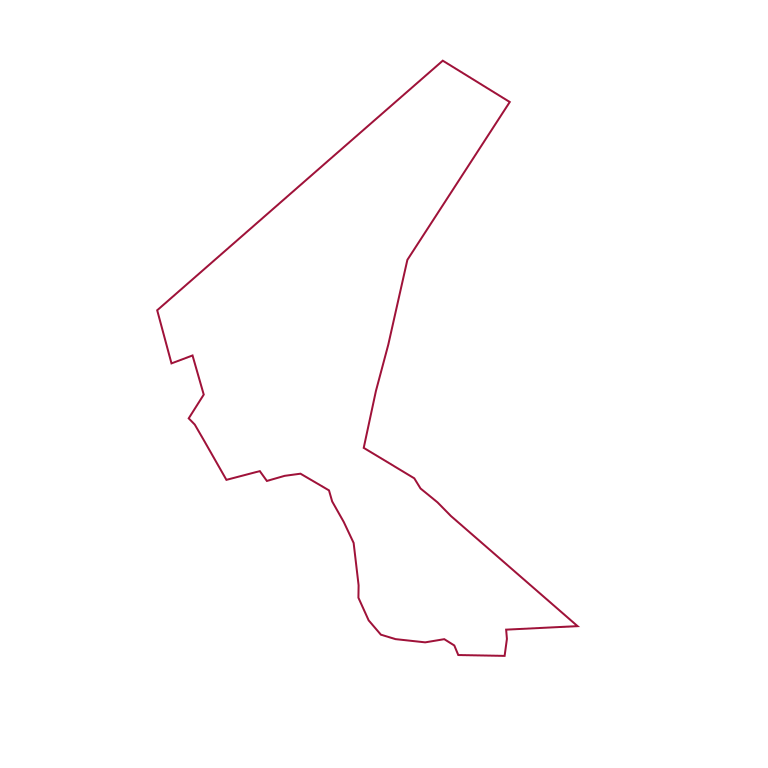 the district of Messias Targino, Rio Grande do Norte, Brazil, rotated 74°
{"feature_id": "56859067B56904102074746", "entity_name": "Messias Targino", "entity_type": "district", "adm_level": 2, "iso_a3": "BRA", "parent_name": "Brazil", "parent_adm1": "Rio Grande do Norte", "projection": "albers", "projection_center": [-37.447, -6.084], "detail": "fine", "context": "isolated", "style": "outline", "palette": "rose", "viewbox_px": 768, "rotation_deg": 74, "n_neighbors": 0, "source": "geoboundaries", "source_scale": "gbopen_adm2", "svg_char_len": 668}
<svg xmlns="http://www.w3.org/2000/svg" viewBox="0 0 768 768"><g transform="rotate(74 384 384)"><path d="M670.1,264.7L529.3,356.1L512.5,365.2L494.5,377.7L483.0,380.9L439.8,421.1L388.5,393.7L347.3,369.0L304.7,345.7L271.1,327.3L147.6,185.4L89.4,238.4L153.8,375.7L250.6,581.7L305.6,582.6L303.8,560.2L344.5,560.2L363.2,581.2L370.8,577.1L388.7,572.6L432.7,561.9L433.5,527.4L444.9,523.3L444.9,504.8L447.2,489.0L471.1,466.2L482.6,466.2L505.6,460.7L528.4,457.0L570.5,463.9L582.4,467.5L607.0,463.9L624.1,456.1L632.4,443.3L643.7,415.6L645.9,396.4L654.7,388.5L665.0,387.3L678.6,343.0L662.9,336.1L653.8,334.3L670.1,264.7Z" fill="none" stroke="#9f1239" stroke-width="2"/></g></svg>